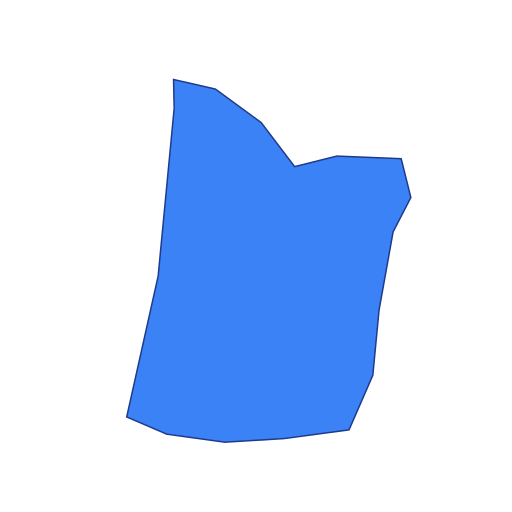 North East, Mercator projection, rotated 256°
{"feature_id": "SGP-4874", "entity_name": "North East", "entity_type": "state/province", "adm_level": 1, "iso_a3": "SGP", "parent_name": "Singapore", "parent_adm1": "", "projection": "mercator", "projection_center": [103.929, 1.383], "detail": "fine", "context": "isolated", "style": "filled", "palette": "blue", "viewbox_px": 512, "rotation_deg": 256, "n_neighbors": 0, "source": "natural_earth", "source_scale": "10m", "svg_char_len": 382}
<svg xmlns="http://www.w3.org/2000/svg" viewBox="0 0 512 512"><g transform="rotate(256 256 256)"><path d="M131.1,91.6L260.2,156.2L419.0,212.3L447.2,218.7L427.8,257.0L384.2,293.3L333.4,315.1L333.4,358.6L315.3,420.4L275.3,420.4L246.3,394.9L173.7,362.3L112.0,340.5L64.8,304.2L72.1,238.8L82.9,180.7L104.7,126.3L131.1,91.6Z" fill="#3b82f6" stroke="#1e3a8a" stroke-width="1.5"/></g></svg>